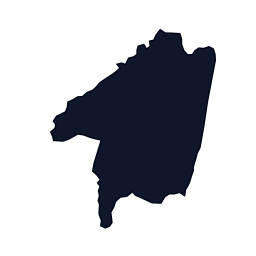 the district of Sério, Rio Grande do Sul, Brazil, rotated 99°
{"feature_id": "56859067B15615796169144", "entity_name": "Sério", "entity_type": "district", "adm_level": 2, "iso_a3": "BRA", "parent_name": "Brazil", "parent_adm1": "Rio Grande do Sul", "projection": "mercator", "projection_center": [-52.238, -29.405], "detail": "fine", "context": "isolated", "style": "filled", "palette": "ink", "viewbox_px": 256, "rotation_deg": 99, "n_neighbors": 0, "source": "geoboundaries", "source_scale": "gbopen_adm2", "svg_char_len": 1380}
<svg xmlns="http://www.w3.org/2000/svg" viewBox="0 0 256 256"><g transform="rotate(99 128 128)"><path d="M25.9,111.5L31.8,114.7L37.3,116.3L38.9,120.2L43.7,118.8L47.3,122.0L43.1,125.4L45.6,130.7L49.9,131.2L53.9,130.5L56.9,133.5L59.0,138.3L65.6,140.3L65.0,144.6L66.8,148.8L70.0,145.3L74.1,148.3L78.1,152.4L83.7,158.6L87.9,163.0L92.5,165.7L96.3,168.7L99.4,173.9L104.2,177.9L105.2,182.6L109.0,187.0L111.8,191.3L117.0,191.1L121.9,192.2L127.6,200.4L132.9,202.7L135.9,199.8L139.7,200.0L144.0,203.6L148.3,200.9L151.9,199.5L151.4,194.7L151.1,190.4L148.4,185.2L145.0,180.8L141.7,176.7L141.7,170.3L143.0,164.6L143.7,158.4L144.0,152.5L168.3,155.9L176.1,156.1L179.3,151.2L183.5,147.1L186.9,149.4L189.9,146.4L194.5,147.2L199.6,145.5L204.2,146.0L208.0,144.0L213.0,143.6L217.9,142.9L223.6,139.6L228.7,139.6L230.1,134.8L227.7,130.9L223.9,129.1L218.9,130.5L213.9,131.9L208.2,129.8L202.6,128.9L197.5,125.0L195.5,118.5L190.3,113.7L193.3,109.7L194.7,104.2L196.4,98.2L198.0,92.7L197.0,83.8L190.0,80.9L186.5,77.0L185.7,72.0L183.4,67.0L185.9,61.6L179.5,61.5L175.1,59.7L170.3,58.5L165.5,58.0L160.2,56.9L156.4,57.5L152.8,57.1L148.2,56.4L142.1,55.8L135.9,53.9L114.5,53.5L89.3,53.7L47.5,52.4L41.5,53.7L36.6,56.2L35.1,60.8L37.7,65.6L38.0,70.5L41.1,73.8L45.5,75.9L46.5,80.6L42.9,85.0L37.1,88.2L31.6,89.2L26.8,91.6L27.4,98.1L28.4,106.1L25.9,111.5Z" fill="#0f172a" stroke="#020617" stroke-width="1.5"/></g></svg>